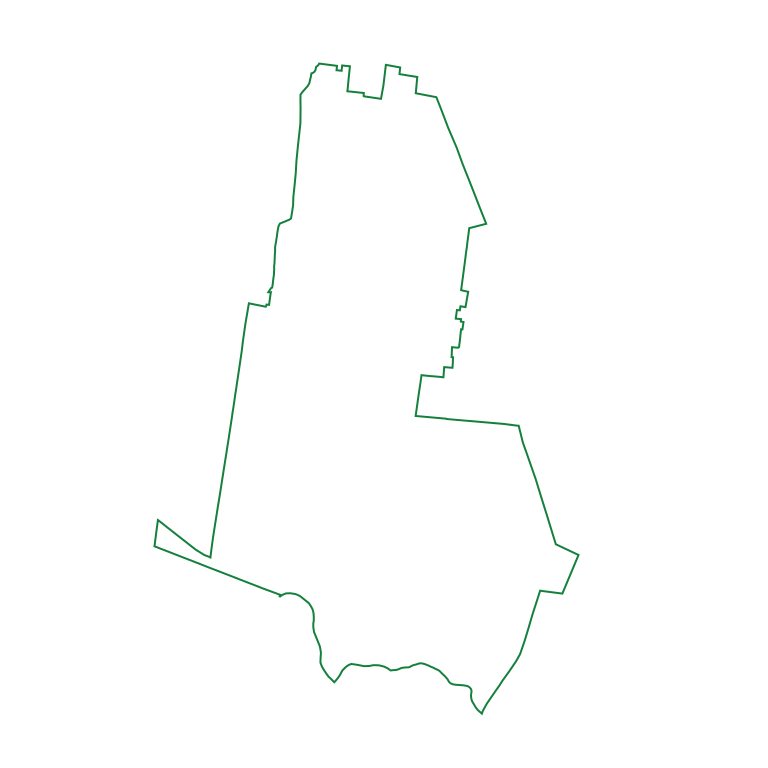 San Antonio la Isla, México, Mexico, rotated 96°
{"feature_id": "50627088B34569290004520", "entity_name": "San Antonio la Isla", "entity_type": "district", "adm_level": 2, "iso_a3": "MEX", "parent_name": "Mexico", "parent_adm1": "México", "projection": "mercator", "projection_center": [-99.55, 19.169], "detail": "fine", "context": "isolated", "style": "outline", "palette": "green", "viewbox_px": 768, "rotation_deg": 96, "n_neighbors": 0, "source": "geoboundaries", "source_scale": "gbopen_adm2", "svg_char_len": 4109}
<svg xmlns="http://www.w3.org/2000/svg" viewBox="0 0 768 768"><g transform="rotate(96 384 384)"><path d="M685.8,402.3L683.9,400.9L681.5,399.3L678.7,397.7L673.2,395.4L669.8,392.7L668.3,391.2L667.0,389.5L665.9,387.3L665.9,385.0L666.2,379.8L666.7,374.4L666.0,369.3L664.7,365.0L664.3,359.6L665.0,354.6L666.3,350.8L668.2,347.5L667.8,345.8L667.2,342.7L667.1,341.8L666.0,339.4L664.5,336.8L663.6,332.8L663.3,330.4L662.9,329.1L661.1,326.5L660.0,324.0L659.6,322.8L658.9,321.2L658.1,319.4L657.9,317.7L658.0,316.0L658.3,314.3L658.7,312.6L659.2,311.0L659.6,309.5L660.3,307.9L661.0,305.3L662.0,302.8L662.7,300.5L663.7,298.6L665.7,296.2L668.4,292.7L670.9,290.0L673.2,288.4L674.7,286.6L675.5,284.0L675.6,280.4L675.5,278.7L675.4,274.4L675.4,273.2L675.5,270.9L675.8,268.9L676.7,267.3L677.6,266.2L678.3,265.6L679.1,265.2L680.1,264.9L681.1,264.8L682.3,264.9L685.1,264.9L687.3,264.4L688.8,263.9L690.5,263.1L691.7,262.2L693.3,261.0L693.9,260.6L696.2,258.8L698.4,256.7L701.6,252.2L699.8,251.8L698.4,251.4L695.8,250.3L691.1,248.3L677.3,240.8L672.0,237.8L666.9,235.3L657.0,229.6L645.8,223.6L638.3,220.4L624.8,217.3L613.4,215.1L605.2,213.6L597.0,212.1L585.2,209.6L573.2,207.1L573.3,205.9L573.8,184.7L534.5,172.9L533.7,172.7L525.4,196.4L523.7,197.1L510.1,202.9L496.5,208.7L482.9,214.6L469.3,220.4L462.5,223.3L455.5,226.6L448.5,229.9L441.5,233.2L427.4,239.9L419.4,242.8L411.4,245.7L411.5,246.8L411.4,252.4L411.2,260.2L412.3,317.9L412.0,318.3L412.5,349.2L396.2,348.6L388.0,348.3L379.8,347.9L371.3,347.6L371.3,344.8L371.3,341.7L371.3,338.6L371.2,336.0L371.1,331.5L371.1,330.4L371.1,325.6L360.9,325.9L360.9,324.7L360.7,317.6L357.4,317.7L355.2,317.8L352.4,318.0L350.2,318.1L350.2,319.6L349.7,319.6L340.3,320.2L340.2,314.8L340.2,314.2L339.4,313.2L336.9,313.2L334.7,313.1L330.0,313.1L327.0,313.1L323.5,313.1L321.5,313.0L321.5,311.7L316.4,311.5L314.0,311.4L313.9,314.1L313.4,314.2L311.4,314.2L311.5,319.5L302.8,319.2L302.8,316.3L298.7,316.1L299.0,311.0L283.5,309.9L282.8,315.8L282.6,317.1L282.2,317.1L275.3,316.9L264.5,316.6L253.5,316.3L242.8,316.1L239.9,315.9L235.0,315.9L220.1,315.5L214.0,299.1L199.3,306.8L193.1,310.0L182.8,315.3L170.9,321.5L163.9,325.2L156.2,329.2L141.6,336.3L133.7,340.7L122.6,346.9L109.5,353.5L101.9,357.4L93.3,361.9L91.5,382.8L75.2,383.0L74.2,401.0L67.5,401.0L66.4,415.5L87.3,415.8L100.7,416.8L100.0,434.0L99.7,434.4L96.7,434.5L96.7,451.0L91.9,451.0L81.9,451.1L71.6,451.1L71.6,458.9L76.9,458.9L76.9,464.0L72.5,464.0L72.1,481.9L73.9,482.8L75.7,484.6L78.9,485.0L80.8,485.9L82.0,487.2L82.7,488.7L85.8,488.8L89.0,489.3L92.7,489.7L95.6,491.0L101.5,495.2L104.9,497.3L111.1,496.7L118.4,495.8L132.2,494.5L133.4,494.4L139.3,494.4L153.9,494.5L171.1,494.4L183.7,493.8L195.3,493.7L207.9,493.7L211.7,493.4L215.6,493.1L223.2,493.4L229.2,493.8L230.5,495.4L233.2,500.3L235.3,504.3L238.1,505.4L244.3,505.9L249.4,506.0L252.0,506.2L253.9,506.2L256.8,506.5L259.7,506.6L262.8,506.2L266.1,506.1L276.0,505.5L278.0,505.6L280.7,505.3L283.5,505.1L286.5,504.9L289.4,505.0L292.9,505.1L296.8,505.1L299.8,505.3L300.5,506.4L304.8,508.6L304.8,506.3L304.7,506.1L305.8,506.2L317.3,506.6L317.3,509.1L318.3,509.2L319.1,509.4L319.5,509.7L317.9,526.8L325.7,527.3L337.9,528.1L353.8,528.7L356.9,528.8L365.6,528.9L375.3,529.3L387.2,529.8L396.1,530.2L405.9,530.6L409.1,530.8L412.2,530.9L424.9,531.4L427.3,531.6L431.1,531.7L444.2,532.3L454.9,532.8L466.1,533.4L469.1,533.5L478.0,534.0L489.7,534.6L501.5,535.2L511.7,535.7L523.4,536.4L535.2,537.0L544.5,537.5L554.9,538.0L564.4,538.3L574.7,538.5L573.9,540.7L572.9,544.7L568.4,554.0L561.3,565.3L555.5,574.6L550.1,583.2L543.0,594.4L542.9,594.6L552.2,594.9L561.4,595.1L569.4,595.3L574.1,578.0L577.7,564.9L582.4,547.6L584.9,538.6L588.1,526.7L593.3,507.6L596.0,497.6L600.0,483.0L604.5,465.2L606.0,465.6L606.2,465.2L604.3,462.9L602.5,459.6L601.9,455.4L602.1,450.6L602.7,448.0L603.8,445.2L609.9,435.7L612.6,433.5L615.7,431.4L619.4,430.1L623.6,429.4L627.2,429.1L629.6,429.3L633.1,428.9L637.9,427.7L645.9,423.4L651.2,420.6L654.9,419.4L658.0,418.6L661.5,418.5L665.0,418.3L667.7,418.1L671.7,416.1L674.9,413.7L677.8,411.3L680.9,408.5L683.1,405.5L685.6,402.6L685.8,402.3Z" fill="none" stroke="#15803d" stroke-width="2"/></g></svg>